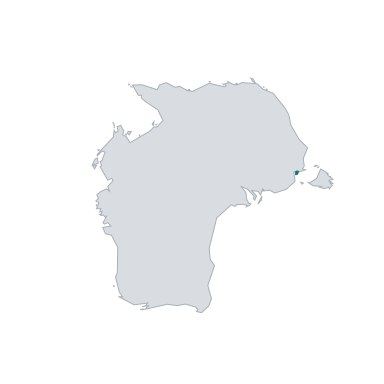 Mornington Peninsula, Victoria, Australia (highlighted), rotated 304°
{"feature_id": "25037944B38646980032426", "entity_name": "Mornington Peninsula", "entity_type": "district", "adm_level": 2, "iso_a3": "AUS", "parent_name": "Australia", "parent_adm1": "Victoria", "projection": "albers", "projection_center": [144.952, -38.333], "detail": "fine", "context": "in_parent", "style": "filled", "palette": "teal", "viewbox_px": 384, "rotation_deg": 304, "n_neighbors": 0, "source": "geoboundaries", "source_scale": "gbopen_adm2", "svg_char_len": 4441}
<svg xmlns="http://www.w3.org/2000/svg" viewBox="0 0 384 384"><g transform="rotate(304 192 192)"><path d="M253.0,90.7L257.4,106.0L262.6,105.2L268.4,109.8L269.3,119.3L272.7,122.7L273.5,131.6L275.8,136.3L291.7,145.4L297.4,160.1L299.1,160.9L299.6,158.4L302.9,161.2L303.5,159.9L304.5,167.3L306.3,169.6L310.6,172.2L318.1,185.3L317.0,193.6L319.2,204.0L313.5,222.5L310.1,229.1L302.7,236.5L295.4,251.6L293.3,263.2L282.0,265.5L276.3,270.5L272.8,270.8L273.8,273.7L268.4,269.5L269.2,268.5L268.8,267.4L267.9,267.4L266.0,269.2L264.7,268.1L266.9,266.4L265.7,265.1L258.4,271.5L246.9,268.6L237.5,261.3L236.9,255.3L232.3,250.1L234.1,250.2L234.0,248.6L227.9,250.6L229.5,246.4L226.6,240.7L224.9,247.6L220.4,248.6L220.9,246.4L223.1,246.2L225.4,236.7L224.0,229.9L221.4,237.4L217.1,240.6L214.4,245.2L215.0,247.4L213.2,247.2L210.0,245.1L211.8,244.9L210.1,240.8L206.7,236.2L204.2,235.9L203.3,231.7L184.3,227.0L154.8,237.8L146.3,244.8L143.6,251.8L123.3,257.4L114.4,267.8L107.0,269.6L97.2,267.4L95.5,262.6L97.8,262.8L98.6,259.3L95.5,249.4L89.5,243.2L85.2,234.4L68.7,218.8L73.3,219.4L69.0,214.5L71.8,217.3L75.1,217.3L66.1,207.1L64.2,189.6L66.2,193.2L68.4,187.8L78.7,176.2L83.3,175.2L104.6,161.4L111.1,149.5L109.0,143.5L112.7,137.8L118.4,143.8L119.6,139.4L116.4,137.3L116.8,135.4L125.0,134.7L122.4,134.6L123.4,131.5L121.5,129.5L125.7,128.2L123.8,126.7L127.3,125.7L125.5,123.4L128.0,119.8L128.6,121.5L131.1,120.8L130.7,117.4L134.5,117.9L136.4,114.7L140.7,115.8L146.8,119.4L146.5,123.2L149.4,119.1L157.3,120.1L158.5,117.9L154.7,115.6L161.5,101.7L163.4,102.3L166.0,98.7L167.3,99.9L176.4,97.6L175.7,94.6L169.2,93.3L170.1,92.4L193.4,96.0L199.6,93.0L198.3,95.6L201.2,96.7L204.2,93.4L207.4,95.6L204.4,101.5L200.6,102.4L201.2,106.4L198.3,113.1L219.0,123.1L224.4,123.9L226.2,126.6L235.1,128.0L241.0,117.6L240.9,102.9L241.7,97.3L244.0,96.0L242.1,93.5L247.4,82.9L253.0,90.7ZM264.8,284.2L273.1,287.7L283.1,285.8L283.4,295.2L282.8,293.5L281.8,295.5L281.4,301.7L278.0,299.0L275.7,304.7L271.5,304.1L272.4,302.6L268.7,299.8L267.3,295.0L268.9,295.9L265.0,289.2L264.8,284.2ZM158.6,94.2L165.1,93.2L167.3,94.5L163.4,98.2L158.6,94.2ZM218.8,253.3L227.7,252.3L224.0,254.1L218.8,253.3ZM206.6,105.1L208.1,108.1L204.1,107.9L204.5,105.7L206.6,105.1ZM317.7,183.8L317.7,180.1L319.4,177.1L319.8,179.4L317.7,183.8ZM281.0,278.9L283.7,279.8L283.8,281.1L281.0,278.9ZM158.1,95.2L160.8,97.9L156.7,98.3L158.1,95.2ZM261.7,279.3L260.1,279.0L260.9,276.7L261.7,279.3ZM229.1,121.1L227.2,122.1L225.4,122.8L226.2,120.9L229.1,121.1ZM68.4,217.9L66.5,216.7L65.8,215.1L66.0,215.0L68.4,217.9ZM283.1,282.4L284.2,283.3L282.1,282.5L283.1,282.4ZM305.7,167.9L307.0,168.0L306.9,169.6L305.7,167.9ZM273.9,131.5L275.6,132.5L275.3,133.0L273.9,131.5ZM277.8,302.4L277.9,303.9L276.9,303.4L277.8,302.4ZM318.9,195.3L318.8,197.3L318.7,197.3L318.9,195.3ZM175.0,91.7L173.8,91.0L174.5,90.4L175.0,91.7ZM205.3,88.4L203.8,90.1L205.5,87.3L205.3,88.4ZM319.3,192.8L318.6,193.4L319.1,192.7L319.3,192.8ZM210.1,116.9L209.3,117.2L209.7,116.4L210.1,116.9ZM203.4,105.3L202.3,105.6L202.9,104.5L203.4,105.3ZM70.5,178.9L70.6,180.3L70.2,180.3L70.5,178.9ZM245.5,82.2L245.5,83.3L245.0,82.5L245.5,82.2ZM267.9,268.0L268.1,268.7L267.8,268.5L267.9,268.0ZM203.5,90.6L201.4,91.9L203.5,90.3L203.5,90.6ZM125.3,121.9L124.7,122.8L125.0,121.8L125.3,121.9ZM278.4,301.3L277.9,301.6L278.2,301.0L278.4,301.3ZM228.4,124.9L227.3,124.9L227.8,124.3L228.4,124.9ZM122.4,128.3L121.9,128.9L121.7,127.9L122.4,128.3ZM282.4,298.2L281.7,298.6L281.9,297.8L282.4,298.2ZM246.2,79.3L246.0,80.1L245.4,79.7L246.2,79.3ZM267.4,268.9L268.2,269.6L267.0,269.4L267.4,268.9ZM293.7,145.4L293.0,145.4L293.3,144.6L293.7,145.4ZM299.0,158.2L298.6,158.2L298.9,157.5L299.0,158.2ZM265.1,283.1L264.9,283.7L264.7,283.0L265.1,283.1Z" fill="#d9dde1" stroke="#a8b0b8" stroke-width="1"/><path d="M267.4,267.1L267.1,267.0L266.8,266.9L266.7,266.9L266.7,267.0L266.4,267.2L266.4,267.3L266.4,267.5L266.2,267.7L266.2,267.8L266.2,268.0L265.9,268.1L265.7,268.2L265.6,268.3L265.4,268.3L265.2,268.3L265.0,268.2L264.9,268.1L264.7,268.0L264.7,267.9L264.4,267.9L264.5,267.9L264.5,268.0L264.8,268.1L264.9,268.3L265.0,268.3L265.1,268.5L265.3,268.6L265.4,268.8L265.5,268.8L265.6,269.0L265.8,269.2L266.0,269.2L266.3,269.1L266.4,268.9L266.5,268.9L266.5,268.7L266.8,268.6L267.0,268.5L267.3,268.5L267.5,268.6L267.4,268.5L267.5,268.5L267.4,268.4L267.5,268.4L267.4,268.3L267.4,268.2L267.3,267.9L267.5,267.9L267.5,267.7L267.7,267.4L267.5,267.2L267.4,267.2L267.4,267.1Z" fill="#14b8a6" stroke="#0f766e" stroke-width="1.5"/></g></svg>